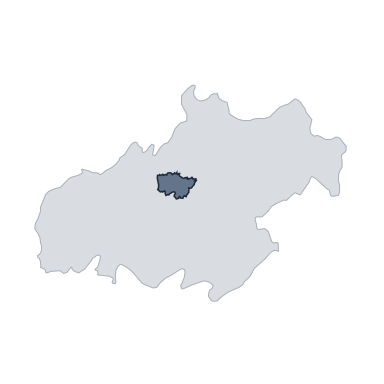 Podunavski on a map of Republic of Serbia (Natural Earth projection), rotated 286°
{"feature_id": "SRB-831", "entity_name": "Podunavski", "entity_type": "District", "adm_level": 1, "iso_a3": "SRB", "parent_name": "Republic of Serbia", "parent_adm1": "", "projection": "natural_earth1", "projection_center": [20.92, 44.453], "detail": "fine", "context": "in_parent", "style": "filled", "palette": "slate", "viewbox_px": 384, "rotation_deg": 286, "n_neighbors": 0, "source": "natural_earth", "source_scale": "10m", "svg_char_len": 6389}
<svg xmlns="http://www.w3.org/2000/svg" viewBox="0 0 384 384"><g transform="rotate(286 192 192)"><path d="M217.0,146.7L226.3,149.4L230.5,151.9L232.7,155.1L238.7,157.3L248.3,158.3L255.0,161.7L258.8,167.3L265.0,165.9L273.5,157.6L281.8,155.4L290.1,159.4L294.6,162.7L295.4,165.3L293.5,166.3L288.9,165.8L285.1,167.4L282.2,171.1L281.8,175.0L283.9,179.1L286.8,182.0L290.6,183.6L292.6,185.8L292.9,188.5L293.9,189.3L291.7,190.5L289.4,192.4L288.1,195.7L287.8,201.0L280.5,205.2L277.7,205.9L276.5,208.7L274.6,216.4L274.9,222.3L275.9,225.3L276.4,227.7L278.8,230.7L281.0,235.3L282.4,241.3L285.7,246.0L293.8,250.6L297.9,253.2L300.9,257.1L303.3,260.6L310.0,265.3L309.5,268.6L308.1,271.9L306.5,273.4L303.2,277.6L300.0,279.9L294.6,287.3L286.1,287.7L284.1,288.3L280.9,290.3L279.3,294.0L280.9,297.0L280.7,300.0L279.2,305.8L281.3,312.0L284.3,314.9L284.8,316.6L284.3,319.5L279.9,325.4L278.5,327.6L274.0,328.7L272.5,328.1L270.1,326.1L268.0,325.5L262.6,327.9L257.2,329.4L252.9,328.3L248.6,328.1L245.7,329.1L243.5,329.5L239.2,332.1L232.2,333.9L229.0,333.5L227.8,331.1L226.4,327.7L227.1,326.1L231.7,323.4L232.2,320.8L238.6,308.3L239.8,304.2L239.9,302.9L238.2,302.0L234.6,302.0L219.0,296.9L219.7,291.1L215.1,288.0L210.1,285.2L209.3,282.1L203.8,275.8L199.8,272.3L194.6,270.5L190.2,267.9L187.6,266.3L186.4,263.4L186.4,261.7L185.0,260.0L182.9,260.2L179.3,262.5L174.8,264.5L174.1,266.0L175.7,269.4L176.8,271.7L176.3,273.8L174.9,276.4L166.3,282.3L165.4,284.4L167.0,287.7L165.9,289.2L158.8,291.4L159.0,289.6L158.5,286.7L154.4,283.6L148.7,281.2L135.8,273.0L130.9,271.9L126.5,270.9L120.2,267.0L116.9,266.3L113.3,263.5L105.5,254.0L98.9,248.9L94.3,246.3L93.1,243.7L92.8,241.1L93.0,240.2L96.4,236.6L99.1,236.0L102.5,235.9L104.7,237.8L107.7,238.2L109.4,235.8L110.2,232.3L109.9,227.9L102.8,217.7L96.8,210.6L96.1,209.0L97.4,207.7L99.5,206.9L101.8,207.5L107.8,208.1L113.5,207.4L115.5,205.7L115.5,203.3L113.4,201.2L106.7,195.3L101.6,190.1L95.4,186.2L90.9,184.6L89.6,182.6L89.0,180.4L89.6,176.5L89.9,171.5L91.0,168.4L95.1,162.4L99.1,156.1L101.6,150.1L102.9,144.4L102.4,142.8L100.4,141.6L96.1,140.4L90.1,141.5L84.9,143.5L83.0,143.7L82.3,141.2L83.1,140.1L84.7,140.2L86.0,140.7L87.4,139.5L88.3,136.1L86.3,124.3L90.1,123.3L90.2,121.6L90.5,120.1L94.4,122.1L99.9,122.2L104.8,121.8L105.5,120.6L105.5,118.9L104.5,117.6L102.8,116.5L101.5,114.9L98.3,114.2L88.1,110.0L83.1,105.4L83.3,100.7L84.8,98.0L86.6,97.1L86.0,96.2L80.3,94.0L78.3,90.9L80.0,87.0L77.1,79.0L74.0,74.0L77.1,71.9L77.5,68.9L77.8,67.1L79.1,67.2L84.1,65.1L85.9,63.5L86.9,61.5L88.1,61.1L91.5,63.2L95.0,63.4L98.9,62.0L101.9,60.2L105.5,58.7L107.1,57.6L109.1,56.0L113.3,51.1L118.0,50.1L124.3,51.3L131.0,51.7L136.1,50.6L149.0,52.0L151.7,53.2L153.5,54.4L156.9,58.6L160.1,64.0L164.6,66.5L170.0,69.5L172.7,71.6L176.7,78.1L179.9,81.3L181.0,81.1L182.1,80.3L182.8,79.6L183.7,80.2L183.7,82.2L183.9,86.5L183.1,91.2L184.3,95.6L184.3,96.9L183.5,98.2L183.6,99.3L184.7,100.5L189.1,103.4L193.1,107.9L197.8,111.1L202.1,113.1L204.8,113.2L209.3,116.8L218.1,119.5L221.0,120.4L222.9,121.8L224.3,123.6L224.4,125.4L223.1,126.3L221.2,128.8L220.4,131.9L219.0,132.6L217.6,132.7L216.5,133.6L216.8,134.9L218.0,136.2L219.8,137.3L223.3,138.4L226.8,140.1L226.8,141.4L226.1,142.8L221.6,143.4L218.3,143.6L216.8,144.2L217.0,146.7Z" fill="#d9dde1" stroke="#a8b0b8" stroke-width="1"/><path d="M184.8,158.4L186.6,158.7L189.8,157.9L195.9,154.7L198.6,154.3L198.6,155.1L198.8,155.7L199.2,156.1L199.8,156.1L199.7,156.5L199.5,157.3L199.4,157.7L199.8,158.0L200.7,158.7L201.0,159.1L200.2,159.9L201.5,161.7L201.3,163.1L202.5,163.1L203.2,163.2L203.6,163.6L204.1,164.6L204.5,165.7L204.5,166.6L204.1,167.3L203.3,168.0L203.3,168.5L204.2,168.7L204.6,169.6L204.9,170.3L205.3,170.0L205.6,170.0L205.5,170.3L205.3,171.5L205.7,171.6L205.9,171.7L206.1,171.9L206.4,172.0L206.0,172.1L205.9,172.3L205.7,172.3L205.3,172.0L204.9,173.5L205.4,173.8L205.9,174.0L206.2,174.4L206.4,175.0L204.8,175.0L204.0,175.7L203.6,176.7L203.3,177.9L203.0,178.8L202.8,179.2L202.8,179.6L202.9,180.4L203.3,180.8L203.7,181.1L204.0,181.5L203.7,182.4L204.6,182.9L204.8,183.5L204.3,183.9L203.3,183.9L203.3,184.4L203.7,184.4L203.7,184.8L203.3,184.8L203.3,185.3L204.1,185.7L205.2,187.5L206.1,187.8L206.1,188.3L204.9,188.8L204.9,189.3L205.1,189.7L205.2,189.9L205.1,190.2L204.9,190.8L205.0,190.9L205.1,191.0L205.3,191.3L204.1,191.3L205.3,192.3L204.7,192.5L204.4,193.1L204.1,193.0L203.8,192.7L203.7,192.7L203.2,192.4L202.4,192.4L202.2,192.3L202.0,192.2L201.7,192.0L201.5,191.9L201.4,191.9L201.2,191.9L200.7,192.1L200.4,192.1L200.0,192.0L199.4,192.0L198.8,191.6L197.6,190.9L197.3,190.8L196.8,190.8L196.6,190.7L196.3,190.6L196.0,190.4L195.7,190.1L195.3,189.8L195.2,189.7L195.1,189.4L195.0,188.6L195.0,187.7L193.9,188.2L193.6,188.3L193.1,188.4L192.7,188.6L191.8,188.7L191.6,188.8L191.1,188.9L191.0,189.0L190.8,189.0L190.7,189.0L190.6,188.9L190.3,188.7L190.1,188.7L189.8,188.6L189.7,188.6L189.4,188.6L189.2,188.5L188.9,188.4L188.7,188.2L188.4,187.9L188.1,187.8L187.9,187.7L187.7,187.7L187.3,187.7L186.7,187.8L186.0,187.8L186.0,187.4L185.9,187.2L185.8,186.7L186.0,186.4L186.2,186.1L186.4,185.9L186.4,185.7L186.2,185.5L186.0,185.4L185.6,185.2L185.4,185.2L184.5,185.0L183.4,184.9L183.4,184.4L183.4,184.2L183.4,183.9L183.3,183.7L183.1,183.4L183.1,183.2L183.1,182.8L183.1,182.6L183.4,182.3L183.8,181.9L184.2,181.7L184.3,181.5L184.4,181.4L184.3,181.2L184.2,181.1L183.8,180.9L183.7,180.9L183.0,181.1L182.9,181.1L182.6,181.1L182.3,180.8L181.7,180.1L181.4,179.7L181.3,179.4L181.2,179.3L181.1,179.1L181.1,178.8L181.1,178.7L181.4,178.4L181.6,178.1L182.1,177.8L182.3,177.6L182.4,177.3L182.5,176.7L182.6,176.4L182.8,176.2L183.3,176.1L183.7,175.9L183.9,175.9L184.1,175.8L184.3,175.9L184.6,175.9L185.7,176.4L185.9,176.4L186.0,176.4L186.3,176.3L186.4,176.2L187.1,175.5L187.2,175.3L187.3,175.1L187.3,174.8L187.2,174.7L187.1,174.4L186.8,174.0L186.6,173.6L186.5,173.3L186.3,172.9L186.1,172.8L186.0,172.7L185.3,172.2L184.3,171.2L183.9,170.9L183.4,170.7L183.1,170.7L182.9,170.5L182.7,170.2L182.7,169.5L182.6,169.4L182.6,169.2L182.2,168.7L181.5,167.9L181.7,167.7L182.3,167.4L182.7,166.9L182.9,166.8L183.0,166.7L183.7,166.5L184.1,166.3L184.3,166.2L185.0,166.1L185.3,165.9L185.4,165.6L185.4,165.4L185.1,164.9L185.0,164.7L184.9,164.6L184.4,164.3L184.2,164.2L183.9,163.9L184.0,163.8L184.0,163.7L184.2,163.3L184.2,163.1L184.1,162.8L184.0,162.6L183.6,162.2L183.4,161.9L183.4,161.6L183.4,161.3L183.5,161.1L183.6,160.9L183.8,160.7L184.8,158.4Z" fill="#64748b" stroke="#1e293b" stroke-width="1.5"/></g></svg>